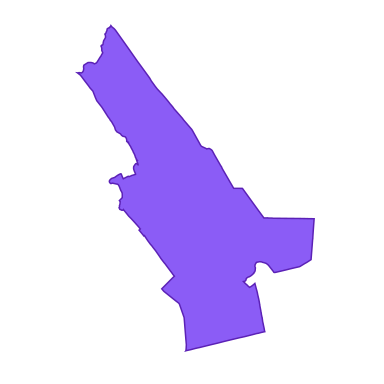 Baleni, Dâmbovita, Romania (Natural Earth projection), rotated 275°
{"feature_id": "2599482B16788296681180", "entity_name": "Baleni", "entity_type": "district", "adm_level": 2, "iso_a3": "ROU", "parent_name": "Romania", "parent_adm1": "Dâmbovita", "projection": "natural_earth1", "projection_center": [25.648, 44.814], "detail": "fine", "context": "isolated", "style": "filled", "palette": "violet", "viewbox_px": 384, "rotation_deg": 275, "n_neighbors": 0, "source": "geoboundaries", "source_scale": "gbopen_adm2", "svg_char_len": 5932}
<svg xmlns="http://www.w3.org/2000/svg" viewBox="0 0 384 384"><g transform="rotate(275 192 192)"><path d="M174.5,295.4L173.5,282.5L173.5,282.4L172.9,274.9L173.0,274.7L172.7,270.0L172.8,269.7L172.4,265.9L179.0,260.1L186.6,253.5L199.9,242.0L200.0,241.8L199.7,238.0L199.3,233.3L200.0,232.7L218.1,220.0L219.5,219.3L221.0,218.1L230.6,211.4L234.9,208.6L235.2,208.3L235.4,208.1L235.9,207.4L236.4,206.4L236.6,206.0L236.8,205.7L236.8,205.1L236.8,204.9L236.7,204.5L236.3,203.1L236.2,203.0L236.5,202.3L237.0,201.1L237.3,200.2L238.3,197.5L238.5,197.3L238.7,197.0L239.9,196.1L253.4,187.0L253.9,186.6L254.2,186.4L262.3,178.1L263.5,176.9L264.3,176.3L264.7,175.9L273.1,167.1L273.7,166.5L274.0,166.3L274.3,166.1L276.4,164.1L278.1,162.3L280.2,160.4L281.4,159.2L286.7,153.9L287.1,153.5L288.1,152.3L289.2,151.1L291.6,148.4L294.3,145.9L299.3,141.6L301.7,140.0L304.7,137.4L312.4,130.7L317.5,126.2L329.9,115.8L346.5,101.7L348.0,100.1L349.5,97.8L350.7,96.7L349.4,96.3L349.1,95.6L348.6,95.5L348.3,95.3L348.2,95.0L348.2,94.6L347.7,94.0L347.3,93.4L346.4,93.2L345.4,93.2L344.2,92.7L342.9,92.4L342.2,92.0L342.0,91.6L341.5,91.5L341.0,91.9L339.7,92.2L338.7,92.4L337.7,92.1L335.0,90.8L333.0,90.5L331.8,90.5L330.9,90.3L330.6,89.9L330.6,89.5L330.5,89.4L330.2,89.3L330.1,89.1L330.0,88.9L329.8,88.8L329.5,88.9L329.4,88.8L329.4,88.7L329.2,88.7L329.1,88.8L328.9,89.0L327.8,89.4L326.6,89.7L325.4,89.7L324.7,90.0L323.6,90.6L322.9,90.9L322.4,90.8L321.2,90.1L319.8,89.6L318.1,88.6L313.3,86.2L312.2,85.5L311.7,84.5L311.2,83.9L311.3,83.2L311.9,82.2L312.2,80.2L312.1,78.5L311.9,77.1L310.1,74.7L308.9,73.2L307.3,73.0L305.3,73.4L303.2,73.2L301.8,72.5L301.0,71.4L301.1,69.1L300.7,67.9L300.7,67.5L298.7,70.6L297.0,72.2L293.5,75.3L288.5,79.9L286.7,81.4L283.8,84.5L277.5,87.6L274.6,89.2L268.4,95.0L259.3,102.0L257.8,103.4L255.9,104.7L255.5,105.4L250.0,109.2L247.2,110.3L245.4,111.9L243.7,115.7L242.3,116.9L241.4,118.5L241.4,119.6L241.2,120.1L241.2,120.6L240.8,121.1L239.3,122.1L237.9,122.4L237.4,122.6L237.1,122.6L236.9,122.5L236.7,122.6L236.6,123.0L236.4,123.2L236.2,123.3L236.3,123.6L236.3,123.8L236.0,123.9L235.5,124.1L235.6,124.4L235.4,124.4L235.2,124.5L234.6,124.9L233.7,125.5L231.9,126.9L230.6,127.6L229.0,128.7L228.5,129.0L227.6,129.6L226.3,130.2L225.4,130.9L223.9,131.7L223.3,132.0L221.5,132.7L221.0,133.1L220.3,133.5L219.9,133.8L219.3,134.1L219.0,134.4L219.0,134.0L218.8,134.1L218.7,134.1L215.4,135.6L214.5,135.9L214.5,135.5L214.9,135.2L215.3,134.7L215.4,134.3L215.5,133.9L215.3,133.5L214.8,133.1L213.6,132.4L212.7,131.9L212.2,131.7L211.8,131.7L210.9,131.7L210.2,131.8L209.7,131.9L207.6,132.8L206.8,133.3L205.4,134.0L205.0,134.2L204.6,134.2L204.3,133.3L203.9,132.4L203.2,130.5L202.5,129.4L201.9,128.1L201.9,127.6L202.1,127.3L201.9,126.7L199.2,122.4L201.0,121.3L203.8,119.9L203.9,119.6L203.9,119.3L203.6,118.7L202.9,117.5L201.9,116.1L201.4,115.6L200.7,114.7L200.4,114.4L200.1,114.1L199.6,113.3L198.5,110.7L197.4,109.6L196.7,109.1L196.1,108.8L195.5,108.7L194.8,108.9L194.3,109.1L193.9,109.5L193.5,110.1L193.4,110.3L193.3,110.5L193.9,111.9L193.3,116.5L193.3,117.1L193.0,117.6L192.5,118.2L192.0,118.5L191.3,119.0L188.8,120.2L187.4,120.9L186.1,121.8L185.3,122.3L184.4,122.6L182.9,122.8L180.3,123.0L177.1,120.4L176.0,121.4L175.4,121.3L173.5,121.3L172.8,121.1L172.3,121.0L171.8,120.9L171.4,121.0L171.1,121.1L170.3,120.9L169.9,120.7L169.7,121.0L169.2,121.2L168.8,121.4L168.4,121.6L168.1,122.7L167.7,123.7L167.9,124.4L167.8,124.8L168.0,125.2L168.4,125.3L164.6,129.0L162.4,131.1L160.3,133.6L157.5,136.7L152.3,142.2L151.3,143.1L150.9,143.3L150.7,143.7L150.3,143.5L149.4,142.6L147.0,145.0L146.9,145.1L144.0,147.9L144.5,148.3L144.4,148.5L144.0,148.7L139.5,152.3L136.0,155.4L135.9,155.6L135.7,155.8L134.2,157.3L133.9,157.5L132.8,158.5L132.6,158.7L131.1,160.1L130.8,160.4L130.3,160.9L130.0,161.1L125.7,164.7L122.8,167.0L118.9,170.6L118.6,170.9L118.6,171.0L111.4,177.4L110.0,178.7L108.1,180.3L106.6,181.8L104.7,180.1L92.9,170.3L90.6,172.6L90.2,173.2L85.2,180.7L83.4,183.4L82.0,185.5L80.3,188.2L80.0,188.6L79.7,188.8L79.3,189.2L76.4,190.5L66.2,195.1L44.9,198.7L39.2,199.7L38.3,199.7L36.1,199.8L33.5,199.8L33.3,199.7L33.5,200.2L34.2,202.4L34.5,203.4L34.9,204.7L35.9,207.4L36.8,210.0L37.3,211.6L37.6,212.7L41.9,225.3L42.0,225.6L42.4,226.8L43.8,231.0L46.0,237.2L51.1,252.4L51.4,253.5L52.6,257.3L55.0,264.2L56.6,268.6L57.1,270.5L58.2,273.5L59.2,276.7L59.4,276.6L59.9,276.4L61.8,275.9L62.9,275.6L64.5,275.1L65.5,274.8L66.9,274.4L69.4,273.6L70.0,273.5L70.5,273.4L72.1,273.0L72.4,273.0L72.8,272.9L73.5,272.6L74.8,272.2L76.1,271.8L77.6,271.5L79.1,271.0L79.7,270.9L84.7,269.5L85.1,269.4L85.5,269.4L86.4,269.1L88.8,268.5L91.2,267.8L96.4,266.1L96.7,266.1L99.9,265.0L100.0,264.9L100.3,264.8L106.4,262.6L105.2,261.5L103.8,260.0L102.7,258.7L102.0,257.5L102.6,257.0L102.9,256.5L103.1,256.1L103.4,255.8L103.9,255.3L105.5,253.1L107.3,251.1L107.5,251.8L107.8,252.5L108.0,252.8L108.4,253.1L108.9,253.4L109.3,253.5L110.2,253.5L110.4,253.6L110.8,253.8L111.2,254.2L112.0,255.2L112.3,255.6L112.6,256.6L113.4,257.6L114.0,258.4L114.6,259.0L115.2,259.5L116.2,260.5L116.4,260.7L116.7,260.7L117.2,260.7L117.3,260.7L117.4,260.8L117.6,261.2L118.1,261.5L119.0,261.7L119.9,261.8L120.9,261.7L121.6,261.8L121.9,261.8L122.2,261.7L123.2,261.2L123.5,261.1L123.8,261.1L124.3,261.2L124.9,261.2L125.2,261.2L126.8,262.0L127.1,262.2L127.4,262.2L127.5,262.3L127.6,262.5L128.5,265.6L128.5,266.2L128.4,266.5L128.5,266.7L128.5,266.9L128.5,267.2L128.2,268.0L128.0,268.9L127.9,269.8L127.5,271.5L127.4,272.0L127.2,272.3L126.2,274.0L125.6,274.5L125.4,274.9L125.0,275.2L122.0,278.0L121.7,278.4L121.4,278.6L121.1,278.8L119.9,280.0L119.3,280.4L119.1,280.6L119.0,280.9L119.0,281.1L119.1,281.8L119.9,284.3L121.7,289.8L122.1,290.9L122.2,291.3L123.8,295.9L125.5,301.0L126.9,305.4L127.1,305.8L127.4,306.3L128.9,308.3L130.6,310.6L131.8,312.4L135.0,316.5L146.4,316.4L155.7,316.3L155.8,316.4L157.6,316.3L162.1,316.2L168.2,316.1L176.0,316.0L175.6,310.4L175.4,307.3L174.9,300.3L174.5,295.4Z" fill="#8b5cf6" stroke="#5b21b6" stroke-width="1.5"/></g></svg>